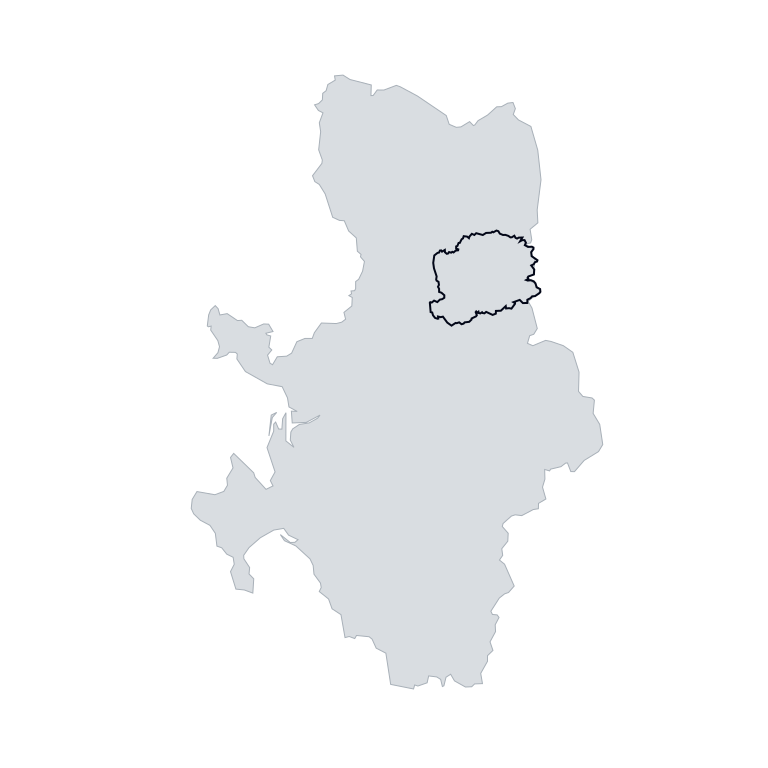 Zhytomyr highlighted on a map of Ukraine, rotated 82°
{"feature_id": "UKR-324", "entity_name": "Zhytomyr", "entity_type": "Region", "adm_level": 1, "iso_a3": "UKR", "parent_name": "Ukraine", "parent_adm1": "", "projection": "mercator", "projection_center": [28.508, 50.617], "detail": "medium", "context": "in_parent", "style": "outline", "palette": "ink", "viewbox_px": 768, "rotation_deg": 82, "n_neighbors": 0, "source": "natural_earth", "source_scale": "10m", "svg_char_len": 5611}
<svg xmlns="http://www.w3.org/2000/svg" viewBox="0 0 768 768"><g transform="rotate(82 384 384)"><path d="M519.0,527.8L527.2,540.4L534.1,546.8L537.6,547.1L547.1,542.6L553.3,544.1L558.8,540.1L572.8,543.0L568.5,551.0L566.5,559.2L548.4,562.1L541.7,557.4L534.6,557.5L530.6,563.4L523.6,567.5L521.3,572.0L508.4,571.8L499.8,576.0L493.3,584.9L486.1,590.5L480.4,592.2L471.6,590.0L464.5,584.2L470.1,566.9L468.1,557.6L462.5,553.1L455.4,552.8L446.1,545.2L435.4,546.2L431.8,542.5L453.8,525.4L458.6,524.6L471.9,515.5L469.5,508.1L463.8,510.0L455.9,504.1L430.7,508.7L415.4,499.8L408.4,498.8L406.6,496.6L413.9,494.6L414.5,491.4L404.3,489.2L398.8,485.1L426.7,489.1L434.2,482.0L426.5,484.6L418.6,482.9L415.7,480.6L412.3,473.5L412.1,463.4L408.6,454.5L405.9,451.7L411.2,466.3L409.8,480.3L398.0,479.5L399.1,473.8L393.5,481.3L384.3,481.5L372.5,485.2L367.6,499.6L352.4,519.5L338.7,526.2L333.9,525.1L332.0,526.7L331.0,532.8L333.4,535.7L335.4,545.5L334.7,549.6L329.9,544.1L324.2,541.7L317.9,542.5L306.5,548.1L302.6,547.1L302.9,550.0L301.9,550.9L291.2,548.0L286.5,545.3L282.9,540.2L286.3,537.8L292.8,536.9L292.5,529.5L300.8,520.3L301.1,516.0L308.4,510.4L310.4,504.1L307.8,494.8L308.7,489.9L316.6,486.6L317.3,493.9L319.0,493.2L320.7,489.5L331.5,492.9L334.7,490.4L339.2,495.3L347.5,494.0L349.4,491.7L342.2,485.9L342.9,476.5L340.6,471.2L330.0,464.4L327.9,456.0L328.9,448.7L323.5,445.8L314.9,437.5L317.5,422.8L316.9,417.3L314.5,413.0L307.5,413.7L302.3,405.0L293.9,403.4L291.6,406.5L290.2,403.6L287.3,403.7L287.5,400.1L285.6,398.8L278.6,397.8L276.8,394.5L269.3,389.5L259.9,386.3L254.8,389.6L252.5,388.7L248.8,391.9L235.5,391.1L227.6,397.7L216.8,400.6L215.8,405.3L211.8,411.6L187.6,415.8L177.4,420.3L174.0,424.3L167.8,425.8L156.9,414.8L153.6,413.9L143.0,416.1L125.3,411.6L116.3,411.7L107.0,406.7L104.0,410.9L97.9,413.9L97.2,409.7L94.1,405.5L87.6,404.2L85.5,400.5L79.6,397.9L76.3,390.0L72.0,390.1L72.4,381.6L77.7,375.4L86.1,355.0L96.6,356.8L96.8,354.6L91.9,349.8L92.9,343.2L90.0,330.2L91.9,326.6L103.4,310.9L126.8,285.0L135.9,283.3L139.9,276.7L140.1,272.0L136.1,262.7L140.5,259.5L140.1,258.0L136.3,254.2L132.1,244.0L125.2,233.8L125.7,229.1L123.1,222.3L123.2,217.1L129.6,215.6L135.1,218.5L141.2,214.1L149.4,202.7L173.8,199.2L203.6,200.1L233.0,208.1L245.8,209.2L251.1,217.8L261.7,217.6L264.7,219.2L265.1,224.5L270.6,218.1L275.9,219.9L281.9,217.2L296.3,220.9L298.0,225.7L300.9,227.0L305.0,221.0L313.7,216.1L322.2,229.8L329.4,226.9L350.4,224.5L355.6,228.8L356.4,233.0L363.7,236.3L366.8,231.3L363.3,217.9L365.1,212.7L371.0,201.1L378.9,192.6L399.4,189.2L418.4,192.4L424.0,188.8L426.8,179.9L429.3,177.9L442.2,181.0L454.0,176.0L474.4,175.8L480.8,181.0L487.5,196.4L497.3,207.6L496.7,211.2L487.7,213.3L487.6,215.2L490.5,220.3L491.5,230.9L493.1,232.1L491.0,236.8L500.6,237.9L508.2,241.4L520.4,239.7L523.7,247.6L529.0,248.5L529.1,253.7L533.5,265.9L531.8,272.3L532.5,276.2L538.7,285.5L541.6,286.7L549.1,281.8L556.9,283.3L563.5,290.3L570.2,290.3L574.4,294.2L579.2,289.7L602.2,283.2L607.8,289.7L608.6,293.8L612.0,299.6L623.9,309.8L627.3,308.7L628.4,304.1L631.2,302.6L637.9,307.4L644.7,308.0L654.1,314.9L663.0,313.2L667.4,319.3L673.0,320.1L684.0,328.5L694.4,328.2L693.6,336.0L696.0,339.3L695.4,345.5L687.8,355.5L680.7,358.4L683.0,363.4L691.2,366.7L691.7,368.3L684.4,369.0L681.4,372.6L679.3,380.4L685.9,382.9L687.8,392.5L686.3,395.5L690.1,397.2L682.4,419.2L650.8,419.6L644.5,428.5L635.0,431.3L632.2,433.9L629.2,446.2L632.0,448.4L629.2,453.6L629.7,457.9L606.4,458.7L599.4,466.7L589.2,468.8L580.5,477.0L576.8,474.5L572.3,474.6L562.6,479.8L553.8,479.4L546.9,481.6L532.1,493.8L525.3,504.4L518.7,507.6L527.9,498.9L528.4,494.3L526.2,490.8L520.4,499.5L513.0,503.4L513.3,513.5L519.0,527.8ZM419.4,505.2L399.1,500.0L397.2,494.2L401.7,499.3L419.4,505.2Z" fill="#d9dde1" stroke="#a8b0b8" stroke-width="1"/><path d="M282.8,214.8L284.0,215.4L284.4,217.6L286.3,219.1L287.1,221.7L291.5,219.3L296.4,220.3L297.6,226.1L298.5,226.9L299.9,226.4L300.8,228.7L301.6,227.2L301.6,224.2L303.2,221.4L305.4,220.0L309.5,219.4L311.7,216.2L314.5,216.3L315.7,217.5L318.0,222.2L317.8,225.1L319.4,227.0L320.5,230.3L323.7,230.8L323.2,235.2L319.6,237.9L321.0,244.4L322.1,243.0L322.8,243.1L327.1,247.3L326.3,249.6L326.2,252.6L323.8,252.6L327.7,258.1L327.2,263.0L329.9,263.5L330.7,266.8L326.8,272.8L328.0,274.7L327.4,276.5L326.6,276.9L327.5,278.8L326.9,280.3L325.6,280.4L326.4,281.6L325.0,282.6L325.6,283.2L328.8,282.5L329.8,283.4L331.3,288.1L332.4,288.4L334.3,291.0L334.2,295.6L335.3,296.8L335.6,298.9L333.4,301.0L333.9,303.5L333.5,304.6L335.6,309.0L332.0,312.8L325.5,316.3L325.7,318.5L324.7,321.1L326.8,321.1L326.9,321.7L325.7,324.2L322.8,325.9L319.9,326.3L319.3,327.8L309.9,327.3L309.4,326.8L310.0,325.4L308.4,322.8L310.3,319.8L308.2,316.9L308.1,314.6L307.0,312.3L304.5,311.9L301.6,314.4L300.5,316.6L297.3,316.2L295.3,317.0L293.5,315.8L290.4,315.8L289.0,317.5L287.8,317.8L284.8,316.9L276.4,318.4L270.9,318.4L263.7,316.3L261.6,312.7L261.5,311.2L259.6,310.0L259.7,308.7L261.0,308.1L259.7,305.1L262.0,305.3L263.8,303.7L263.7,302.4L262.4,301.2L263.3,299.2L262.6,298.0L263.4,296.8L261.9,294.5L261.9,292.0L261.0,291.7L259.9,293.7L257.8,293.4L257.5,292.1L254.7,290.5L254.8,289.3L251.5,287.0L250.8,285.5L248.7,284.5L249.6,281.2L251.4,279.6L249.9,278.9L247.5,276.1L249.0,273.8L247.5,271.7L250.2,265.4L248.6,261.9L249.1,257.0L248.3,255.6L249.0,254.6L247.7,251.3L248.6,249.5L251.2,248.4L253.0,245.4L253.2,243.1L254.6,240.3L256.4,238.4L256.5,237.0L255.3,234.3L257.6,233.4L258.5,232.0L257.8,230.2L258.2,226.6L261.6,229.3L260.8,227.2L261.1,224.8L263.9,223.8L266.1,225.2L268.3,222.3L268.6,218.5L269.7,217.0L271.2,217.2L273.9,219.9L278.0,220.0L282.8,214.8Z" fill="none" stroke="#020617" stroke-width="2"/></g></svg>